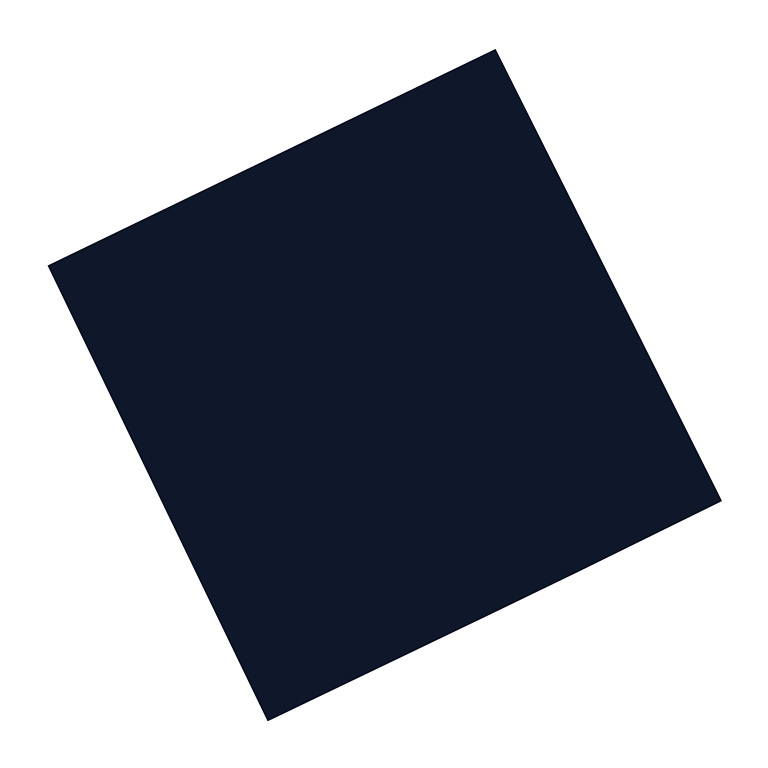 outline of Clinton, Michigan, United States of America, rotated 334°
{"feature_id": "52423323B76154940734365", "entity_name": "Clinton", "entity_type": "district", "adm_level": 2, "iso_a3": "USA", "parent_name": "United States of America", "parent_adm1": "Michigan", "projection": "albers", "projection_center": [-84.531, 42.944], "detail": "fine", "context": "isolated", "style": "filled", "palette": "ink", "viewbox_px": 768, "rotation_deg": 334, "n_neighbors": 0, "source": "geoboundaries", "source_scale": "gbopen_adm2", "svg_char_len": 267}
<svg xmlns="http://www.w3.org/2000/svg" viewBox="0 0 768 768"><g transform="rotate(334 384 384)"><path d="M630.4,132.5L134.3,130.8L132.3,635.4L381.5,636.9L477.6,637.2L635.7,636.6L635.7,628.2L630.4,132.5Z" fill="#0f172a" stroke="#020617" stroke-width="1.5"/></g></svg>